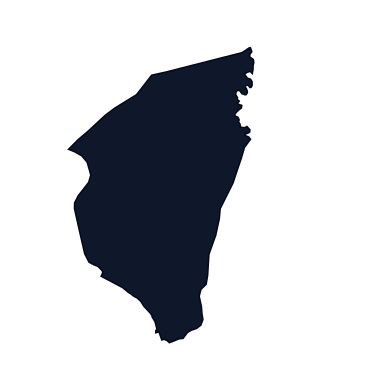 Kaiama, Kwara, Nigeria (orthographic projection), rotated 59°
{"feature_id": "59680162B83662033692716", "entity_name": "Kaiama", "entity_type": "district", "adm_level": 2, "iso_a3": "NGA", "parent_name": "Nigeria", "parent_adm1": "Kwara", "projection": "orthographic", "projection_center": [4.157, 9.519], "detail": "fine", "context": "isolated", "style": "filled", "palette": "ink", "viewbox_px": 384, "rotation_deg": 59, "n_neighbors": 0, "source": "geoboundaries", "source_scale": "gbopen_adm2", "svg_char_len": 2003}
<svg xmlns="http://www.w3.org/2000/svg" viewBox="0 0 384 384"><g transform="rotate(59 192 192)"><path d="M91.8,275.9L97.3,271.7L100.3,270.1L100.6,269.9L104.1,267.9L112.4,266.5L120.2,268.6L123.0,269.4L125.3,270.0L130.5,275.6L132.2,279.9L136.6,291.5L138.2,294.0L140.7,298.1L145.5,301.2L149.6,302.6L158.9,305.7L168.5,308.9L172.5,310.2L189.7,315.8L199.2,316.4L203.7,313.7L207.4,310.9L213.3,309.5L215.3,310.2L216.1,311.3L217.4,313.3L238.1,300.8L241.6,299.5L245.0,298.4L247.7,297.0L251.5,295.5L254.6,293.6L259.5,292.2L265.2,292.1L273.7,290.3L277.1,289.9L278.0,290.3L278.6,290.5L283.0,290.5L284.5,290.6L291.8,292.8L292.0,294.3L294.0,295.6L294.9,292.4L303.3,294.1L303.8,291.9L306.6,289.8L309.5,289.1L310.3,284.8L311.2,278.6L312.9,275.1L310.1,268.4L310.1,263.9L311.3,258.3L310.7,253.0L306.9,248.3L303.6,247.0L301.6,246.2L295.2,243.0L285.0,239.5L280.1,234.5L278.4,227.4L271.5,221.5L254.3,209.7L251.6,206.5L241.6,194.3L241.5,194.1L228.9,182.3L220.8,176.4L205.6,152.5L202.6,148.9L202.2,148.5L200.3,146.3L189.5,133.6L188.8,132.7L180.9,124.2L176.9,114.7L174.7,115.0L174.2,115.0L171.3,117.1L169.3,116.2L170.2,115.0L170.5,111.8L168.4,110.3L164.1,111.2L164.1,113.5L161.4,117.1L160.9,117.1L160.3,116.5L158.5,115.9L155.6,115.9L154.5,114.4L151.6,114.1L148.9,115.9L147.8,115.9L147.5,115.0L146.6,113.2L145.7,109.4L145.5,106.5L143.4,104.7L141.7,106.2L139.6,107.6L139.1,106.5L138.5,104.7L135.6,105.5L134.6,104.4L132.7,104.4L130.9,104.4L128.7,102.5L128.4,100.0L130.2,98.9L133.8,98.5L134.2,97.7L136.0,96.6L136.4,95.2L135.3,93.3L133.8,92.6L131.7,92.2L129.8,92.2L128.4,91.1L128.4,90.4L128.8,89.6L129.8,88.9L132.4,88.5L132.7,87.4L131.7,85.6L128.4,83.7L125.5,83.7L125.1,84.0L122.9,85.9L117.9,86.3L117.9,82.6L118.6,80.0L121.5,79.3L120.0,78.0L118.6,76.7L116.8,75.6L114.6,74.1L112.8,72.3L110.9,71.5L109.9,71.2L105.9,73.0L103.7,71.4L102.6,68.5L98.4,67.6L97.9,68.7L98.3,77.3L80.6,136.3L76.1,151.4L71.1,166.4L80.0,189.4L80.3,215.0L81.5,226.7L86.5,250.5L88.5,262.9L91.8,275.9Z" fill="#0f172a" stroke="#020617" stroke-width="1.5"/></g></svg>